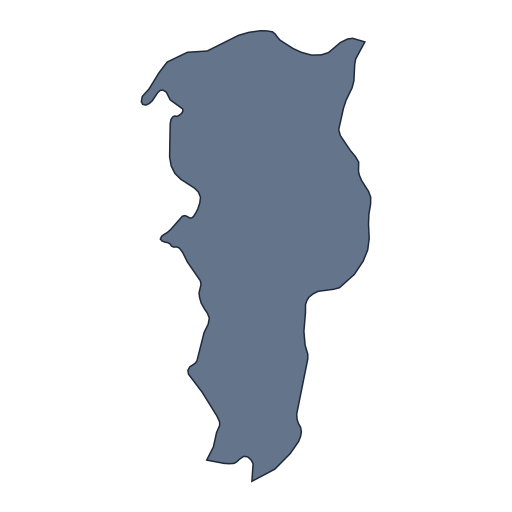 map outline of Bolivar (Mercator projection)
{"feature_id": "ECU-1277", "entity_name": "Bolivar", "entity_type": "Province", "adm_level": 1, "iso_a3": "ECU", "parent_name": "Ecuador", "parent_adm1": "", "projection": "mercator", "projection_center": [-79.147, -1.678], "detail": "fine", "context": "isolated", "style": "filled", "palette": "slate", "viewbox_px": 512, "rotation_deg": 0, "n_neighbors": 0, "source": "natural_earth", "source_scale": "10m", "svg_char_len": 1899}
<svg xmlns="http://www.w3.org/2000/svg" viewBox="0 0 512 512"><path d="M364.9,41.9L355.7,58.9L354.7,64.4L353.9,80.8L352.1,87.8L346.1,100.2L343.5,108.1L338.7,129.6L340.3,135.6L350.5,150.7L355.3,156.4L358.7,162.2L358.5,171.2L359.3,175.1L361.7,180.7L368.6,191.5L370.7,197.2L370.6,204.1L368.9,214.3L368.5,224.2L369.2,238.5L367.7,249.9L363.2,261.1L354.4,274.3L339.5,287.7L333.5,289.3L318.2,291.3L313.0,293.9L309.0,297.1L306.9,300.5L305.5,304.6L305.5,312.3L303.9,331.4L305.1,345.1L307.8,354.3L307.8,358.9L296.7,414.1L297.1,419.5L298.4,423.4L300.6,427.3L301.4,431.8L300.6,436.3L298.6,441.5L290.2,453.6L274.9,469.1L251.9,481.3L253.1,463.7L251.2,460.1L247.7,456.8L243.7,456.4L239.6,459.1L236.9,461.7L234.1,463.4L229.2,463.7L224.1,463.4L206.7,460.1L213.4,446.9L216.6,432.4L219.7,425.4L219.6,421.9L216.8,415.8L202.0,392.0L188.5,374.2L187.9,370.4L189.8,366.8L195.0,363.4L196.9,361.0L204.1,332.5L208.2,324.1L209.3,318.1L207.4,313.2L204.4,308.8L201.2,303.1L199.6,297.5L199.0,293.0L201.0,284.5L200.4,280.9L187.4,262.0L182.7,252.5L179.4,248.1L176.5,246.9L173.7,247.1L171.6,246.2L169.9,243.8L167.5,242.6L164.4,242.0L161.9,240.9L160.3,239.0L161.7,236.2L163.8,234.6L167.3,232.5L170.5,229.7L182.4,216.2L184.9,215.6L187.1,216.4L189.7,218.0L191.6,218.0L193.5,216.5L195.8,212.9L197.8,209.0L199.8,202.9L200.5,197.2L198.3,191.9L194.4,188.1L180.8,179.3L174.9,173.4L171.2,166.0L169.6,156.9L170.2,123.8L171.0,119.4L173.1,116.6L174.8,116.0L177.1,116.4L179.3,115.2L181.6,113.3L183.0,111.0L182.5,108.8L170.2,99.9L166.3,92.1L163.1,90.2L160.6,90.2L157.8,92.5L152.4,100.7L149.3,103.5L145.8,105.1L142.6,104.3L141.3,101.7L142.3,96.4L149.0,89.0L159.1,72.6L167.2,62.0L187.4,52.3L207.2,51.0L238.6,35.3L248.6,32.4L260.7,30.7L266.7,30.9L272.5,31.8L275.2,34.1L277.4,37.1L280.1,40.2L293.0,48.5L301.3,52.3L311.5,55.1L321.1,54.9L328.5,52.6L340.3,42.6L347.5,39.0L352.6,38.3L364.9,41.9Z" fill="#64748b" stroke="#1e293b" stroke-width="1.5"/></svg>